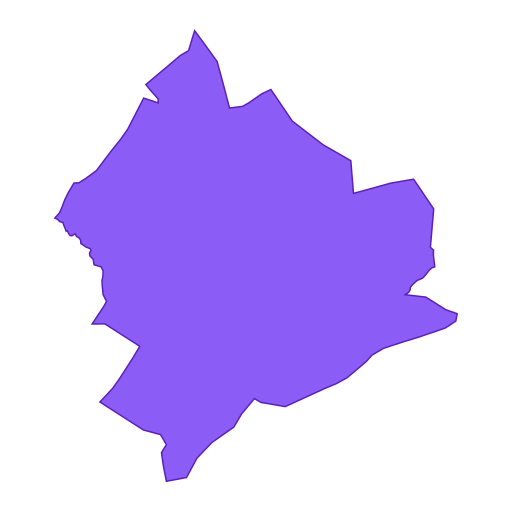 the district of Owerri Municipal, Imo, Nigeria
{"feature_id": "59680162B94225169025314", "entity_name": "Owerri Municipal", "entity_type": "district", "adm_level": 2, "iso_a3": "NGA", "parent_name": "Nigeria", "parent_adm1": "Imo", "projection": "robinson", "projection_center": [7.015, 5.476], "detail": "fine", "context": "isolated", "style": "filled", "palette": "violet", "viewbox_px": 512, "rotation_deg": 0, "n_neighbors": 0, "source": "geoboundaries", "source_scale": "gbopen_adm2", "svg_char_len": 1559}
<svg xmlns="http://www.w3.org/2000/svg" viewBox="0 0 512 512"><path d="M324.7,388.5L336.2,383.7L347.0,377.8L366.3,361.5L372.0,355.1L383.6,348.3L402.8,342.0L420.3,336.6L426.9,334.3L437.6,330.7L445.5,327.9L455.8,321.1L457.2,313.7L445.8,309.7L425.8,297.1L405.3,294.7L409.1,291.9L410.3,289.3L410.2,287.6L412.7,284.4L417.2,280.4L422.5,278.2L424.0,276.7L426.3,274.1L428.7,270.8L431.8,267.9L434.8,266.9L433.9,259.5L433.4,254.8L433.5,251.1L433.6,250.2L430.4,247.3L433.7,208.9L413.6,179.2L390.8,183.1L353.5,193.4L350.8,160.7L323.1,144.8L292.3,121.1L270.9,89.5L262.1,93.6L248.8,102.8L242.6,106.4L229.5,108.0L222.6,81.6L217.1,61.5L204.1,43.5L194.6,30.7L188.6,50.6L180.6,55.3L145.9,84.5L149.7,89.4L158.1,98.9L158.2,102.9L143.7,98.1L127.6,129.4L120.6,139.3L110.6,151.8L96.5,170.5L85.4,178.7L78.9,182.8L74.0,183.0L68.3,192.6L64.9,199.5L61.5,208.4L59.5,212.8L54.8,218.1L57.4,219.2L59.7,221.6L62.9,222.6L63.8,225.2L65.0,228.2L66.2,231.2L67.3,230.7L68.2,232.7L69.5,235.0L70.3,235.5L71.9,235.8L73.0,235.1L75.0,233.8L76.6,236.5L78.8,237.7L80.6,240.0L80.9,243.6L83.5,245.3L86.0,247.1L90.2,248.6L91.0,250.5L89.5,252.9L89.9,256.0L93.1,259.1L94.1,264.8L101.0,266.8L103.1,270.9L102.9,276.4L102.0,280.5L102.2,285.2L103.1,294.6L106.5,301.4L103.8,306.4L99.6,312.7L92.1,324.0L104.9,323.9L139.8,346.3L132.5,358.5L119.5,378.7L112.6,388.4L99.9,402.0L143.4,430.0L160.5,434.6L166.4,444.6L161.5,452.6L163.4,466.1L166.4,481.3L186.5,477.5L197.0,458.1L212.0,442.4L233.8,427.1L241.7,413.8L254.4,398.6L260.8,402.4L285.2,406.6L324.7,388.5Z" fill="#8b5cf6" stroke="#5b21b6" stroke-width="1.5"/></svg>